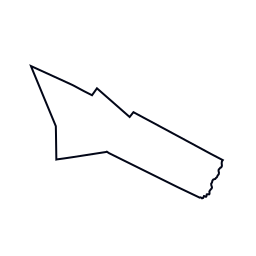 outline of Tres de Febrero, Buenos Aires, Argentina, rotated 160°
{"feature_id": "61730980B88678124443771", "entity_name": "Tres de Febrero", "entity_type": "district", "adm_level": 2, "iso_a3": "ARG", "parent_name": "Argentina", "parent_adm1": "Buenos Aires", "projection": "equal_earth", "projection_center": [-58.607, -34.6], "detail": "fine", "context": "isolated", "style": "outline", "palette": "ink", "viewbox_px": 256, "rotation_deg": 160, "n_neighbors": 0, "source": "geoboundaries", "source_scale": "gbopen_adm2", "svg_char_len": 1203}
<svg xmlns="http://www.w3.org/2000/svg" viewBox="0 0 256 256"><g transform="rotate(160 128 128)"><path d="M198.0,219.4L198.0,218.7L196.6,186.0L195.2,154.4L198.0,146.2L205.7,124.1L206.1,122.9L205.9,122.9L200.4,121.7L198.6,121.3L190.3,119.6L156.5,112.9L156.0,113.0L155.2,111.9L154.4,110.8L153.9,110.3L120.4,75.2L101.8,55.7L85.1,38.7L84.6,38.1L83.6,38.0L82.8,37.2L82.5,36.6L81.3,36.6L80.8,37.1L80.5,37.5L79.9,38.1L79.4,37.8L79.0,37.3L78.3,36.7L77.8,36.9L77.2,37.8L77.0,38.2L76.7,38.7L75.4,38.4L74.6,37.9L74.1,38.1L73.7,38.8L73.5,39.5L73.2,40.6L72.4,41.2L72.0,41.5L71.1,42.1L70.3,42.4L69.5,43.2L69.3,44.2L69.3,44.8L69.3,45.8L68.9,47.2L68.2,47.7L67.7,48.1L67.2,48.8L67.1,49.1L66.5,49.8L65.5,50.4L64.7,50.4L63.4,50.3L63.0,50.6L62.6,50.9L61.4,51.3L60.8,51.8L60.5,52.2L60.0,52.7L59.7,52.9L59.0,53.2L58.5,53.6L57.8,54.9L57.7,55.9L57.6,56.7L57.4,57.2L56.9,58.0L56.2,58.3L55.6,58.6L55.0,59.0L54.6,59.2L53.9,59.1L53.3,59.6L52.7,60.3L52.3,61.7L52.2,62.3L51.9,63.1L51.4,64.1L51.1,64.6L50.6,64.9L49.9,65.4L58.7,75.0L87.6,107.5L117.5,141.0L122.7,137.8L143.6,175.9L150.6,171.1L156.7,177.6L160.9,182.3L164.0,185.8L165.6,187.5L166.4,188.3L192.3,213.8L198.0,219.4Z" fill="none" stroke="#020617" stroke-width="2"/></g></svg>